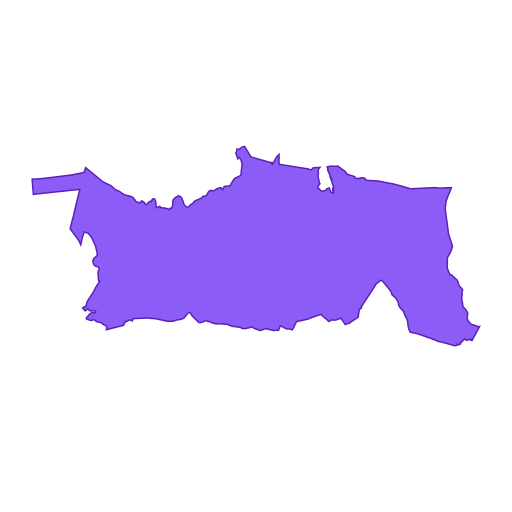 outline of Chamula, Chiapas, Mexico, rotated 354°
{"feature_id": "50627088B50895209283285", "entity_name": "Chamula", "entity_type": "district", "adm_level": 2, "iso_a3": "MEX", "parent_name": "Mexico", "parent_adm1": "Chiapas", "projection": "orthographic", "projection_center": [-92.726, 16.817], "detail": "fine", "context": "isolated", "style": "filled", "palette": "violet", "viewbox_px": 512, "rotation_deg": 354, "n_neighbors": 0, "source": "geoboundaries", "source_scale": "gbopen_adm2", "svg_char_len": 6062}
<svg xmlns="http://www.w3.org/2000/svg" viewBox="0 0 512 512"><g transform="rotate(354 256 256)"><path d="M281.7,164.8L278.6,163.9L261.4,157.0L256.1,145.9L254.1,146.0L250.2,148.1L249.0,148.1L248.3,147.6L247.9,149.4L247.3,150.3L246.6,151.8L247.1,152.8L247.3,154.4L247.9,155.5L247.7,156.2L248.0,157.4L248.7,156.4L249.8,156.4L250.6,158.3L251.2,159.1L251.5,161.8L252.0,162.7L250.1,170.3L250.2,171.4L250.0,172.1L249.5,172.9L249.2,174.0L248.1,174.8L243.7,176.2L242.4,177.0L239.0,181.2L238.2,182.8L237.2,183.3L235.9,183.6L234.7,183.6L233.8,183.4L232.5,183.4L231.4,183.8L229.8,186.5L229.1,185.9L228.2,184.4L227.4,184.4L224.0,185.0L221.5,186.5L220.4,186.8L218.7,186.1L217.6,186.1L216.3,186.5L215.3,187.4L213.2,190.5L212.3,191.2L210.1,191.0L209.5,191.1L208.2,192.4L207.3,192.9L201.9,194.5L200.4,195.2L199.3,196.1L198.8,197.2L197.1,197.7L195.2,198.9L194.5,200.1L194.1,200.3L192.8,200.3L191.3,199.2L190.0,197.6L189.7,197.0L189.6,195.7L188.2,190.4L187.5,189.5L185.3,187.9L181.5,189.7L179.5,191.5L178.8,193.7L178.7,194.6L178.9,195.5L177.7,198.4L177.5,199.5L176.3,199.7L175.5,199.5L174.9,200.6L174.5,200.8L174.0,200.5L173.2,199.8L169.9,198.7L168.3,198.3L166.9,198.2L166.3,197.9L165.5,196.5L163.7,197.0L163.0,197.5L162.4,197.6L161.9,197.3L162.0,192.2L161.9,191.1L161.7,190.1L161.1,188.7L160.3,188.6L159.8,188.3L159.6,188.3L159.2,188.9L158.4,189.2L158.1,189.7L157.9,190.9L157.2,191.1L156.7,190.6L156.0,190.6L155.1,191.1L153.0,193.0L152.3,193.3L151.5,193.0L150.9,192.3L150.7,191.1L150.0,190.8L149.3,190.7L148.9,189.5L147.7,189.4L146.9,190.5L146.4,190.8L145.7,190.7L145.0,190.4L144.7,190.6L144.0,190.2L142.6,189.7L140.3,185.5L138.4,183.9L131.5,181.4L126.5,177.2L122.9,175.2L119.8,171.6L118.8,170.7L111.7,166.4L95.8,150.3L93.8,154.9L82.5,156.0L81.3,156.1L81.0,156.4L80.8,156.4L80.4,156.1L62.2,156.5L49.4,156.6L41.4,156.2L41.0,171.4L87.7,171.3L80.9,190.4L78.1,198.6L77.0,201.2L74.0,209.6L78.3,216.7L81.5,222.4L82.9,226.5L85.4,219.1L87.7,214.0L91.6,216.0L93.7,219.1L94.6,221.0L97.2,228.3L97.5,229.7L98.3,235.7L98.4,237.0L98.2,238.2L97.3,239.6L96.1,240.4L95.0,241.0L94.3,241.7L93.5,242.9L93.2,244.4L93.3,245.8L94.1,248.1L94.9,248.9L95.5,249.5L97.2,250.0L97.8,250.4L98.6,251.5L98.5,253.1L97.7,254.2L97.4,254.9L97.0,256.9L97.1,259.4L96.8,261.5L96.9,264.1L98.1,264.7L93.5,270.2L90.2,275.2L83.4,283.6L81.6,288.0L81.5,288.4L79.4,288.7L78.7,289.0L78.2,289.7L78.9,291.0L80.4,292.7L80.6,292.7L81.8,291.9L82.2,291.3L83.0,291.1L83.5,291.4L85.0,293.2L87.6,293.6L89.3,293.6L90.3,293.8L90.6,294.0L90.8,294.9L90.6,295.3L89.5,295.6L87.3,295.3L86.3,295.4L85.1,295.9L83.7,297.0L82.4,298.5L81.4,299.1L81.0,299.5L80.7,300.4L81.3,301.4L82.3,301.5L84.1,302.6L85.3,302.9L87.2,302.5L88.0,302.5L89.2,303.1L89.8,303.6L89.9,304.0L90.9,304.8L94.0,305.8L95.6,306.5L96.7,308.0L98.9,309.2L99.7,310.1L100.1,310.9L100.2,311.6L99.5,313.7L117.0,311.1L119.5,307.3L120.4,307.6L123.0,306.5L124.9,306.8L126.3,307.6L126.6,306.5L127.5,305.5L140.7,306.2L150.0,308.0L160.8,311.6L163.1,312.0L167.1,312.2L170.7,311.3L172.7,311.3L176.3,310.8L178.1,310.0L182.3,305.8L184.5,305.1L185.7,308.0L187.5,310.5L192.3,316.3L194.8,316.4L199.4,315.1L200.2,315.1L201.1,316.1L202.2,316.2L207.0,318.6L209.6,319.4L213.4,319.7L220.3,321.0L224.6,323.3L233.2,325.4L234.3,326.4L236.3,327.0L238.1,327.1L240.3,326.7L242.3,326.7L243.1,326.3L244.8,326.1L246.9,328.0L252.5,330.6L257.7,329.3L261.4,330.4L265.9,332.0L268.2,331.9L270.5,332.3L271.1,331.5L272.4,328.7L273.2,328.1L278.8,331.8L281.3,331.9L283.7,332.9L284.2,333.3L285.0,332.2L285.3,332.1L289.4,325.5L301.2,324.2L304.5,323.2L311.3,321.5L313.7,321.2L315.1,320.8L315.3,321.8L316.9,323.7L319.8,326.5L321.2,328.5L321.7,328.7L322.2,328.6L323.8,327.7L324.6,327.6L328.5,328.1L331.7,327.2L334.1,327.0L337.6,333.5L342.8,332.2L343.4,331.6L351.2,327.5L353.2,319.8L355.3,319.0L355.3,317.4L355.6,317.3L370.0,299.8L372.3,296.6L377.0,293.5L378.0,293.1L379.5,294.6L384.9,302.8L385.2,303.2L386.9,306.6L387.2,308.4L387.6,309.4L389.9,311.5L391.4,314.1L392.5,316.6L392.7,319.3L393.2,321.2L395.0,324.1L396.7,326.2L398.2,331.3L399.4,334.3L399.8,335.6L400.0,341.7L400.3,344.4L401.3,347.9L409.1,350.4L409.2,350.6L414.5,353.0L419.6,355.6L421.0,355.8L422.8,357.3L423.6,357.5L425.5,358.3L428.3,360.1L431.0,360.8L444.6,366.1L446.5,365.7L446.6,364.9L446.8,364.7L447.4,365.5L448.8,365.4L450.4,364.7L450.5,363.8L450.2,363.4L450.2,363.2L450.9,362.8L451.3,363.0L452.7,362.0L452.9,362.0L453.8,360.9L454.7,360.5L454.8,360.2L454.9,360.3L455.0,360.8L456.4,361.7L458.0,361.8L458.9,361.6L459.6,361.1L461.0,361.4L460.8,362.2L461.6,362.5L462.1,362.5L471.0,349.5L469.5,349.5L465.0,347.2L462.7,346.4L462.2,345.4L460.1,342.6L459.4,339.3L459.9,338.2L460.6,334.6L458.4,330.2L456.7,328.6L456.1,319.8L457.0,315.9L457.0,314.0L458.0,311.1L454.8,306.5L453.7,301.2L448.5,295.2L446.8,294.8L446.8,294.2L446.2,292.7L445.0,288.2L445.0,287.6L446.2,277.6L449.8,272.6L452.5,267.1L449.8,254.1L449.1,228.2L450.9,221.1L453.6,215.6L455.7,212.0L457.4,208.5L453.4,208.1L446.1,207.8L441.2,206.7L416.8,205.3L404.5,200.3L399.3,198.4L391.9,196.3L388.9,195.2L383.9,193.9L373.6,192.3L373.5,191.8L372.8,191.4L372.5,190.1L369.8,189.2L368.5,189.2L367.9,189.4L365.1,189.6L362.6,188.9L362.5,187.4L355.2,184.2L354.9,183.9L354.1,182.1L352.6,180.2L351.2,179.2L346.7,175.0L345.2,175.2L339.8,174.4L336.1,174.8L336.6,177.6L336.3,177.6L336.4,178.7L336.7,178.7L337.4,181.7L337.9,182.5L337.8,183.3L338.2,183.8L337.9,184.3L338.2,184.8L337.9,185.5L339.0,186.2L338.9,186.6L338.5,187.1L338.5,187.5L338.8,188.3L339.2,188.1L339.2,191.1L340.2,194.2L340.0,195.3L340.2,196.7L339.8,197.5L339.9,199.6L339.3,198.3L339.2,199.6L339.7,200.8L339.6,201.1L339.2,201.6L337.4,200.6L336.8,199.7L336.9,198.9L336.6,198.8L336.4,198.4L336.4,197.5L336.2,197.2L336.1,196.0L334.7,196.1L333.4,196.6L332.5,197.8L329.5,198.5L328.2,198.1L327.4,198.1L326.4,196.7L326.2,196.1L324.5,194.6L325.4,192.8L327.2,190.8L326.7,189.7L326.0,182.7L326.8,180.1L326.8,177.8L327.1,176.3L328.8,174.5L322.0,174.3L319.8,176.3L317.2,174.9L288.6,167.2L288.8,163.3L289.3,160.5L289.3,158.9L289.6,157.5L287.4,159.1L285.3,161.8L283.7,164.4L282.7,165.3L281.2,167.3L281.7,164.8Z" fill="#8b5cf6" stroke="#5b21b6" stroke-width="1.5"/></g></svg>